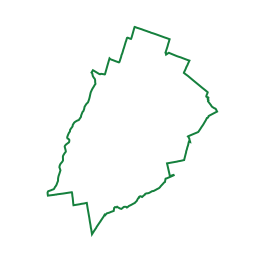 the district of Vanjulet, Mehedinti, Romania, rotated 80°
{"feature_id": "2599482B359218317379", "entity_name": "Vanjulet", "entity_type": "district", "adm_level": 2, "iso_a3": "ROU", "parent_name": "Romania", "parent_adm1": "Mehedinti", "projection": "equal_earth", "projection_center": [22.785, 44.428], "detail": "fine", "context": "isolated", "style": "outline", "palette": "green", "viewbox_px": 256, "rotation_deg": 80, "n_neighbors": 0, "source": "geoboundaries", "source_scale": "gbopen_adm2", "svg_char_len": 5730}
<svg xmlns="http://www.w3.org/2000/svg" viewBox="0 0 256 256"><g transform="rotate(80 128 128)"><path d="M180.7,218.6L180.8,216.3L181.0,212.5L181.0,211.9L181.0,210.7L181.1,209.9L181.0,209.4L181.3,203.3L181.4,197.7L181.5,194.5L182.2,194.4L183.1,194.4L185.5,194.6L187.1,194.6L190.0,194.8L192.4,195.0L193.9,195.1L194.6,195.1L194.7,188.9L194.6,187.0L194.7,184.3L194.6,182.8L194.6,181.6L195.3,181.6L199.9,181.7L209.9,181.7L213.3,181.8L215.3,181.8L217.6,181.8L219.6,181.9L221.5,181.8L226.4,181.9L223.5,179.3L222.3,178.1L222.0,177.9L221.2,177.0L219.9,176.0L216.4,172.6L215.5,171.7L215.3,171.4L214.9,171.2L214.2,170.4L213.8,170.2L213.2,169.5L212.2,168.6L211.6,168.0L211.1,167.5L210.8,167.2L210.2,166.8L209.8,166.5L209.3,166.0L209.9,165.6L208.9,164.4L208.4,163.7L208.1,161.0L207.7,159.5L207.2,156.5L206.4,156.2L204.3,155.5L203.9,154.6L203.7,154.5L203.9,153.4L204.1,153.1L204.0,152.8L203.7,152.4L204.2,152.0L204.5,151.5L205.8,150.0L206.3,149.0L206.5,148.6L206.1,147.7L205.3,146.4L205.0,145.8L205.0,145.4L205.1,144.4L205.4,143.5L205.7,143.0L206.1,142.9L206.1,142.7L205.6,141.7L205.0,140.8L204.3,138.3L203.4,135.7L203.0,134.3L202.3,133.5L201.5,132.2L199.3,130.5L198.8,129.9L198.8,129.6L198.3,129.4L198.2,129.0L197.7,128.9L197.5,128.4L197.4,127.9L197.4,127.5L197.7,126.9L198.0,126.5L198.2,126.4L198.3,126.3L198.4,126.1L197.1,124.1L196.6,123.0L196.0,122.6L195.8,122.3L195.8,122.1L195.7,121.7L195.6,120.9L195.7,120.1L195.7,119.2L195.5,118.2L194.4,115.2L194.5,113.8L194.3,113.2L193.8,111.6L193.2,109.9L192.7,108.2L192.3,107.4L191.7,106.6L191.0,105.9L188.9,103.1L187.9,101.9L187.6,101.0L185.2,100.1L184.8,100.0L184.4,99.7L184.3,98.6L183.4,94.7L182.5,91.2L182.1,91.3L182.2,92.3L182.4,93.3L182.5,94.0L182.7,94.5L182.8,95.1L177.9,95.3L169.6,95.7L169.6,95.4L169.6,94.8L169.6,93.4L169.6,91.0L169.6,88.3L169.6,85.4L169.5,84.5L169.5,83.9L169.5,82.9L169.5,82.0L169.4,80.0L169.3,78.7L169.3,78.3L163.5,75.7L162.7,75.3L162.3,75.1L162.0,75.0L161.5,74.9L160.2,74.3L159.7,74.0L159.4,73.8L158.9,73.6L158.0,73.2L157.1,72.8L156.6,72.5L156.1,72.2L154.2,71.3L153.7,71.2L153.2,71.0L153.0,70.8L152.2,70.5L151.9,70.3L152.6,69.2L152.2,69.2L151.1,69.4L150.7,69.5L150.2,69.5L149.6,69.4L149.4,69.4L149.0,69.6L148.6,69.6L147.0,70.2L146.7,70.4L146.6,70.2L146.4,69.3L145.8,66.8L145.0,63.3L144.2,59.7L143.9,59.3L143.1,58.5L140.8,56.3L140.1,55.7L138.6,54.2L137.8,53.4L135.9,51.8L135.1,51.1L133.7,49.9L131.9,48.6L131.9,48.3L131.9,47.9L131.3,47.2L130.7,46.7L130.4,46.6L130.2,46.5L129.6,44.7L128.7,41.9L127.9,39.4L127.3,37.4L126.3,37.7L125.3,38.0L124.9,38.1L124.6,38.3L124.3,38.4L124.0,38.7L123.8,39.1L123.3,39.8L121.7,41.5L121.4,41.7L120.1,42.3L119.9,42.3L119.6,42.5L115.5,44.6L115.4,44.6L115.1,44.5L115.0,44.4L114.9,44.2L114.7,44.0L114.6,43.9L114.5,44.0L113.5,44.5L113.4,44.5L113.1,44.5L112.9,44.4L112.6,44.0L112.3,43.5L112.2,43.5L111.8,43.7L111.3,44.6L111.1,45.0L110.9,45.3L110.5,45.4L110.4,45.3L110.2,45.3L109.7,45.1L108.7,44.5L107.3,43.6L106.8,43.3L106.6,43.3L104.0,45.5L101.1,48.1L97.9,50.8L93.6,54.5L88.5,58.8L87.5,59.6L85.8,61.2L85.1,61.9L83.4,63.4L82.5,62.9L82.1,62.6L81.6,62.2L79.6,60.8L78.7,60.3L78.2,59.9L77.7,59.7L77.2,59.2L76.9,58.9L75.5,58.0L75.0,57.7L73.9,56.9L72.3,55.8L71.4,57.5L68.6,62.2L67.6,63.8L66.7,65.6L65.7,67.4L61.5,74.0L61.0,74.7L62.3,77.7L62.1,77.7L61.6,77.8L60.7,77.5L60.3,78.0L54.5,74.9L51.7,73.6L50.3,72.8L49.4,72.4L47.8,71.6L47.1,72.8L46.8,73.3L46.1,74.5L45.2,76.2L40.4,84.5L39.2,86.7L38.1,88.9L37.3,90.0L36.8,91.1L36.0,92.4L34.3,95.5L33.2,97.3L32.2,99.2L31.7,100.1L30.8,101.9L29.9,103.3L29.7,103.6L29.6,103.8L29.8,104.1L30.2,104.2L30.7,104.5L39.2,108.6L40.6,109.4L40.8,109.6L40.6,110.0L40.2,110.8L39.3,112.1L39.0,112.7L39.0,113.0L39.1,113.3L39.4,113.5L42.2,114.9L42.6,115.2L48.6,118.2L49.8,118.9L51.5,119.7L53.3,120.6L54.3,121.2L54.7,121.5L55.4,121.9L56.2,122.2L56.9,122.5L57.5,122.8L58.7,123.5L60.8,124.6L61.5,125.0L61.8,125.5L61.7,125.8L61.2,126.6L60.2,128.4L58.3,131.5L57.8,132.5L57.1,133.4L56.6,133.8L56.2,134.1L62.9,137.4L71.0,141.3L71.2,141.6L71.1,141.9L70.9,142.4L70.7,142.9L70.2,144.5L70.0,145.0L70.0,145.3L70.0,145.5L70.2,145.9L70.2,146.2L70.0,146.6L69.7,147.1L69.0,147.9L65.6,151.8L65.0,152.5L66.3,153.6L67.1,154.3L67.4,154.1L68.0,153.7L68.8,153.7L69.7,153.7L70.8,153.6L71.9,153.2L73.0,152.7L73.4,152.4L73.9,152.2L74.6,152.1L75.5,152.1L76.7,152.3L77.6,152.4L78.2,152.4L78.7,152.4L78.9,152.4L79.2,152.6L79.8,153.3L81.5,154.7L82.9,156.0L84.2,157.0L86.4,158.5L88.0,159.2L91.2,160.5L92.9,161.3L94.7,162.3L95.4,162.7L95.7,162.9L96.0,163.2L96.9,164.6L97.8,165.5L99.6,167.1L101.4,167.8L101.9,168.0L103.7,169.1L104.2,169.9L105.6,170.8L107.6,172.0L107.9,172.1L108.7,172.3L109.0,172.5L109.6,173.1L110.9,174.4L111.3,174.7L111.5,175.0L111.7,175.4L111.8,176.4L112.4,178.1L112.8,179.1L113.4,180.1L114.2,180.8L115.3,181.8L116.7,182.3L117.2,182.7L118.1,183.7L119.3,184.9L119.9,185.4L120.8,185.6L121.1,185.7L121.4,185.9L121.8,186.2L122.2,186.7L122.5,187.0L124.4,188.3L125.8,189.1L126.5,189.5L126.9,189.5L127.3,189.5L127.8,189.4L128.0,189.1L128.4,188.5L129.1,188.1L129.4,187.9L129.9,187.9L130.7,188.1L131.5,188.4L131.9,188.7L132.0,188.9L132.2,189.3L132.7,190.3L133.5,191.9L134.5,193.1L134.9,193.4L135.4,193.6L136.7,193.5L138.9,193.3L140.3,193.3L140.9,193.7L141.9,194.9L143.5,196.3L144.2,196.8L144.9,197.1L148.5,197.6L149.0,197.9L149.5,198.3L150.2,199.0L150.9,199.9L151.7,200.8L152.4,201.3L153.2,201.8L154.2,202.2L154.7,202.4L155.0,202.3L156.4,202.1L157.7,201.9L158.0,201.9L160.7,203.3L161.8,203.9L163.4,204.8L164.7,205.3L165.5,205.6L167.9,206.1L170.5,207.7L171.5,208.2L172.2,208.9L172.9,209.4L173.4,210.1L174.3,210.8L175.0,211.3L175.2,211.6L175.4,212.0L175.5,212.6L175.7,213.7L175.9,214.4L176.0,214.9L176.2,216.2L176.4,217.5L176.6,217.8L177.6,218.4L178.3,218.5L179.7,218.6L180.3,218.6L180.7,218.6Z" fill="none" stroke="#15803d" stroke-width="2"/></g></svg>